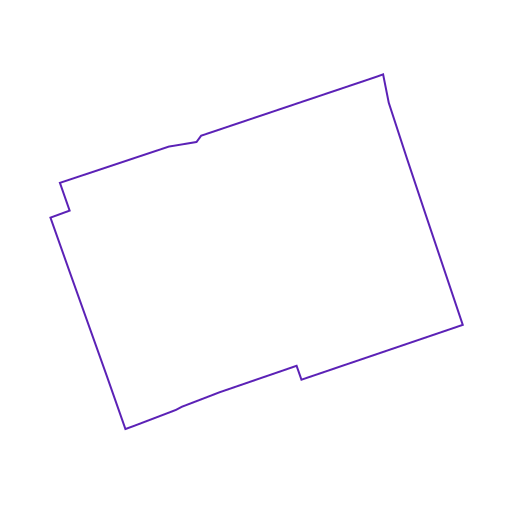 outline of Licking, Ohio, United States of America, rotated 158°
{"feature_id": "52423323B76437525910289", "entity_name": "Licking", "entity_type": "district", "adm_level": 2, "iso_a3": "USA", "parent_name": "United States of America", "parent_adm1": "Ohio", "projection": "natural_earth1", "projection_center": [-82.441, 40.095], "detail": "fine", "context": "isolated", "style": "outline", "palette": "violet", "viewbox_px": 512, "rotation_deg": 158, "n_neighbors": 0, "source": "geoboundaries", "source_scale": "gbopen_adm2", "svg_char_len": 424}
<svg xmlns="http://www.w3.org/2000/svg" viewBox="0 0 512 512"><g transform="rotate(158 256 256)"><path d="M268.4,384.0L295.8,390.1L410.4,397.3L411.8,367.9L432.2,368.6L434.6,313.8L439.3,200.2L441.9,144.5L433.8,144.2L387.8,143.3L381.1,144.0L340.6,143.3L259.5,139.0L260.2,124.3L90.1,114.7L83.1,232.1L79.5,290.2L75.5,348.4L70.1,376.8L76.1,377.0L261.8,388.1L268.4,384.0Z" fill="none" stroke="#5b21b6" stroke-width="2"/></g></svg>